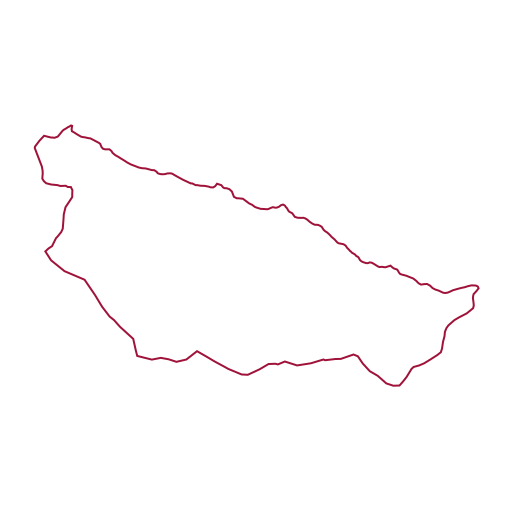 Jamkhar, Tashi Yangtse, Bhutan (Albers equal-area conic projection), rotated 181°
{"feature_id": "84629894B22666501030765", "entity_name": "Jamkhar", "entity_type": "district", "adm_level": 2, "iso_a3": "BTN", "parent_name": "Bhutan", "parent_adm1": "Tashi Yangtse", "projection": "albers", "projection_center": [91.494, 27.408], "detail": "fine", "context": "isolated", "style": "outline", "palette": "rose", "viewbox_px": 512, "rotation_deg": 181, "n_neighbors": 0, "source": "geoboundaries", "source_scale": "gbopen_adm2", "svg_char_len": 3552}
<svg xmlns="http://www.w3.org/2000/svg" viewBox="0 0 512 512"><g transform="rotate(181 256 256)"><path d="M479.1,360.1L471.7,341.8L470.9,337.9L470.7,335.1L471.0,329.6L469.4,327.1L467.1,325.1L462.0,323.9L455.7,323.4L452.9,322.6L447.4,322.9L445.4,321.7L442.3,321.7L440.7,318.5L440.8,316.9L440.8,311.7L444.0,306.6L447.3,301.5L448.9,294.4L449.2,287.8L449.7,279.9L451.3,276.3L452.1,275.4L454.4,272.4L456.3,270.3L460.1,262.3L463.6,259.9L466.7,256.9L460.8,248.1L447.2,237.5L427.0,229.3L416.3,214.2L409.0,202.6L401.3,192.9L396.9,189.5L390.7,182.8L377.3,171.0L374.5,159.4L373.0,154.0L358.3,150.6L349.4,152.5L341.5,151.2L333.7,148.8L323.8,151.3L313.3,159.8L302.8,154.0L295.1,149.6L285.4,144.6L281.7,142.6L268.3,137.3L262.1,137.1L250.4,142.8L241.6,148.2L234.8,148.6L232.2,148.0L225.3,151.0L213.0,147.3L199.2,149.7L186.8,153.7L185.1,153.0L174.7,154.4L169.4,154.6L156.8,159.2L152.4,157.5L147.4,150.4L140.2,142.8L132.3,138.4L123.5,130.9L116.4,128.7L110.3,129.0L107.1,132.7L103.3,137.7L98.6,145.7L96.5,147.8L91.0,149.4L85.9,151.7L79.5,155.8L72.9,160.2L69.5,163.0L68.4,166.6L67.5,173.5L66.1,179.2L65.8,183.4L64.4,187.1L62.5,189.9L56.6,195.3L51.9,198.2L44.3,202.3L38.0,207.6L37.4,210.3L37.7,213.2L38.4,217.9L38.1,220.2L37.8,221.6L34.7,225.1L32.9,227.6L33.7,229.4L35.7,230.3L40.0,230.4L43.3,229.6L46.9,228.4L50.4,227.6L53.9,226.6L58.5,225.2L61.3,223.8L63.8,222.7L66.5,222.3L68.4,222.6L72.8,224.6L76.1,225.6L78.9,227.0L81.4,229.4L84.5,231.0L87.4,230.8L90.5,230.3L93.0,231.6L95.4,234.0L98.5,236.3L102.3,237.7L105.4,238.9L109.5,239.9L111.5,240.5L112.8,242.0L113.7,243.6L114.6,244.9L117.5,245.8L118.9,246.6L120.4,247.8L121.4,248.7L123.4,248.0L126.3,247.0L128.1,247.1L129.9,247.4L132.4,247.1L134.1,247.8L138.4,250.4L140.2,251.3L142.1,251.6L144.0,250.8L145.8,250.8L147.0,251.2L149.0,251.8L150.6,252.6L152.0,253.8L153.1,255.8L154.2,257.1L155.6,257.6L157.0,259.2L160.3,261.1L161.2,262.1L162.3,262.9L163.1,263.9L165.1,265.8L166.5,267.9L168.7,269.3L171.5,269.8L173.7,270.2L175.1,271.1L177.9,274.1L180.6,276.3L183.1,278.9L185.3,280.8L187.3,282.0L188.9,283.4L189.9,285.0L190.9,286.4L192.6,287.4L194.5,288.2L197.9,288.3L200.3,289.4L203.0,291.2L205.6,293.4L207.3,294.4L209.1,295.0L212.7,294.9L215.2,295.0L217.9,295.8L219.4,297.9L220.7,299.5L222.4,300.3L223.8,301.1L224.7,302.3L225.8,304.3L227.1,305.5L227.7,306.6L228.8,307.4L229.9,307.9L231.8,307.3L233.8,305.7L235.6,304.9L237.3,304.6L240.0,305.1L241.7,304.5L243.5,303.6L245.2,303.0L246.8,303.0L250.4,303.2L252.1,303.2L254.5,303.9L256.2,304.4L257.9,305.0L259.3,306.0L260.7,307.1L263.7,308.4L270.1,313.0L274.7,313.4L276.3,313.4L279.1,314.8L281.2,320.0L283.7,322.3L286.4,323.2L288.9,323.3L290.1,324.0L291.9,326.2L296.2,327.6L298.0,325.1L300.1,323.8L302.8,323.9L304.4,324.5L308.4,325.2L312.7,325.3L315.8,325.8L317.6,325.8L321.2,327.5L322.4,327.4L329.3,330.5L331.0,331.3L336.7,334.3L341.4,336.9L343.2,337.2L346.1,337.0L348.3,336.3L350.7,336.1L352.9,336.2L354.5,336.6L355.8,337.1L356.7,338.4L359.2,340.0L361.8,340.1L365.7,341.1L367.7,341.6L371.5,341.8L375.0,342.5L376.5,343.1L382.8,345.4L386.3,347.2L389.3,349.1L392.4,350.9L395.5,352.8L398.5,354.4L401.2,356.6L402.4,358.5L404.4,360.1L408.7,360.0L410.7,360.5L412.2,362.0L413.2,364.1L413.7,365.4L415.1,366.4L423.6,370.7L425.5,370.9L427.4,371.3L429.4,371.7L431.4,371.9L433.1,372.3L437.0,374.5L440.4,376.6L442.2,377.5L442.6,379.6L442.1,382.9L443.2,383.3L445.2,382.0L446.5,381.4L448.3,380.1L450.5,378.8L451.6,377.8L454.5,374.1L456.3,371.9L457.9,371.3L459.4,370.7L461.7,370.9L463.1,370.9L470.0,372.5L474.5,367.5L478.9,361.5L479.1,360.1Z" fill="none" stroke="#9f1239" stroke-width="2"/></g></svg>